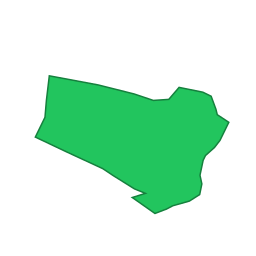 outline of Nowon-gu, Seoul, South Korea, rotated 296°
{"feature_id": "91817680B6950995223857", "entity_name": "Nowon-gu", "entity_type": "district", "adm_level": 2, "iso_a3": "KOR", "parent_name": "South Korea", "parent_adm1": "Seoul", "projection": "equal_earth", "projection_center": [127.08, 37.646], "detail": "fine", "context": "isolated", "style": "filled", "palette": "green", "viewbox_px": 256, "rotation_deg": 296, "n_neighbors": 0, "source": "geoboundaries", "source_scale": "gbopen_adm2", "svg_char_len": 558}
<svg xmlns="http://www.w3.org/2000/svg" viewBox="0 0 256 256"><g transform="rotate(296 128 128)"><path d="M79.2,48.7L79.6,83.9L80.4,123.1L78.7,135.9L76.1,160.5L76.9,172.3L67.4,162.3L63.0,189.7L70.4,196.6L71.7,197.9L77.8,202.4L89.2,215.2L99.6,221.6L107.0,219.7L110.1,218.9L117.1,213.4L131.9,209.7L137.2,209.7L148.5,214.3L157.2,216.1L177.3,216.1L179.1,202.4L183.4,198.8L193.0,188.8L193.0,179.6L186.9,156.1L171.6,152.1L163.9,138.7L161.3,118.7L153.7,82.6L140.4,34.4L117.2,42.5L101.2,48.7L79.2,48.7Z" fill="#22c55e" stroke="#15803d" stroke-width="1.5"/></g></svg>